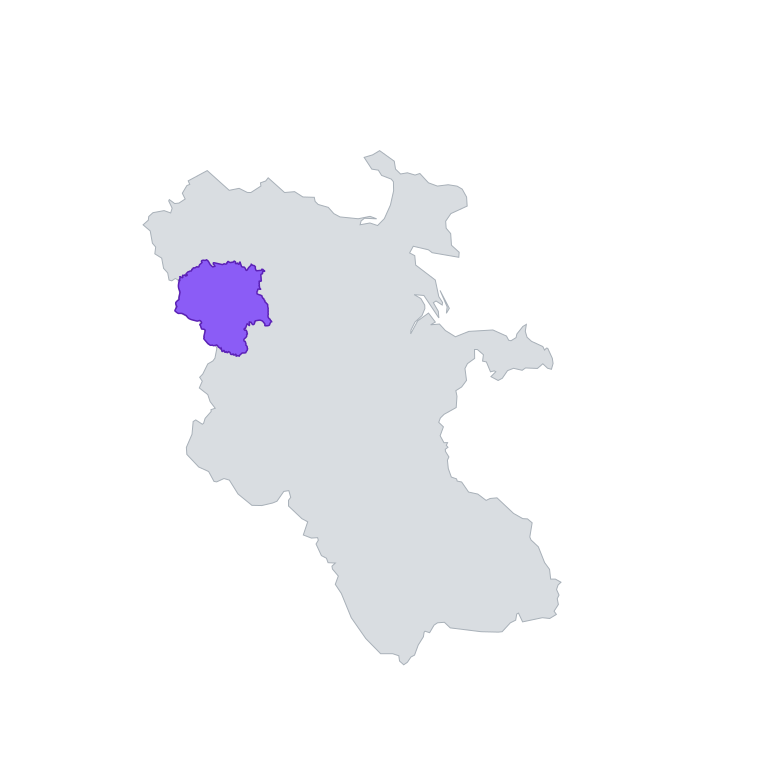 Kharkiv highlighted on a map of Ukraine, rotated 225°
{"feature_id": "UKR-328", "entity_name": "Kharkiv", "entity_type": "Region", "adm_level": 1, "iso_a3": "UKR", "parent_name": "Ukraine", "parent_adm1": "", "projection": "albers", "projection_center": [36.315, 49.479], "detail": "fine", "context": "in_parent", "style": "filled", "palette": "violet", "viewbox_px": 768, "rotation_deg": 225, "n_neighbors": 0, "source": "natural_earth", "source_scale": "10m", "svg_char_len": 9689}
<svg xmlns="http://www.w3.org/2000/svg" viewBox="0 0 768 768"><g transform="rotate(225 384 384)"><path d="M506.0,515.1L513.8,527.4L520.4,533.7L523.8,534.0L533.2,529.8L539.2,531.2L544.6,527.3L558.3,530.2L554.1,537.9L552.1,545.9L534.3,548.8L527.8,544.1L520.8,544.2L516.8,549.9L509.8,553.7L507.5,558.2L494.8,557.7L486.2,561.7L479.5,570.3L472.2,575.6L466.5,577.1L457.8,574.6L451.0,568.6L457.2,551.8L455.5,542.7L450.2,538.1L443.2,537.5L434.4,529.8L424.0,530.3L420.7,526.5L442.8,510.9L447.5,510.3L460.7,502.1L458.6,494.8L453.0,496.5L445.7,490.5L421.3,493.8L407.0,484.5L400.3,483.1L398.7,481.0L405.9,479.5L406.6,476.4L397.0,473.8L391.9,469.5L418.4,474.8L425.9,468.5L418.4,470.5L411.0,468.6L408.4,466.2L405.5,459.2L405.9,449.7L403.0,441.1L400.6,438.3L404.8,452.4L402.7,465.6L391.5,464.1L392.9,458.8L387.2,465.6L378.4,465.2L366.9,467.9L361.2,481.2L345.2,499.2L331.3,504.5L326.8,503.1L324.8,504.4L323.4,510.2L325.4,513.3L326.5,522.9L325.5,526.8L321.3,521.1L315.9,518.2L309.8,518.5L298.2,522.8L294.5,521.5L294.5,524.3L293.4,525.0L283.2,521.2L279.0,518.1L276.0,512.8L279.5,510.8L286.0,510.6L286.5,503.5L295.3,495.4L296.0,491.4L303.5,486.7L306.1,480.8L304.4,471.7L305.8,467.2L313.6,464.8L313.6,471.7L315.3,471.3L317.3,467.9L327.2,472.0L330.5,469.9L334.4,475.0L342.4,474.4L344.4,472.4L338.0,466.2L339.4,457.4L337.7,452.2L328.2,444.9L327.0,436.8L328.5,430.1L323.7,426.9L316.3,418.4L320.1,405.0L320.1,399.8L318.2,395.6L311.7,395.7L307.7,387.1L300.1,384.9L297.6,387.5L296.6,384.7L294.0,384.5L294.5,381.2L292.9,379.8L286.5,378.3L285.3,375.0L278.8,369.7L270.6,365.8L265.6,368.2L263.6,367.1L259.8,369.6L247.8,367.4L239.8,372.5L229.5,373.9L228.0,378.1L223.6,383.4L200.8,384.1L190.7,386.9L187.1,390.1L181.1,390.6L172.7,378.9L169.8,377.7L159.7,378.0L144.2,371.3L135.9,370.0L128.2,363.9L124.9,367.2L118.7,369.0L118.8,365.0L116.7,360.7L111.0,358.5L109.7,354.7L104.8,351.4L103.1,343.6L99.2,343.0L101.0,335.4L106.8,330.7L117.8,313.8L126.9,317.1L127.5,315.2L123.9,310.1L125.8,304.4L125.3,292.4L127.6,289.5L140.2,277.5L164.7,258.4L172.8,258.2L177.3,253.0L178.1,248.9L175.9,240.4L180.2,238.2L180.1,236.8L177.4,233.1L175.2,223.6L170.7,213.9L171.9,210.0L170.7,203.8L171.5,199.4L177.1,199.1L181.4,202.3L187.2,199.4L195.7,190.9L216.8,191.1L241.9,195.6L266.0,205.7L276.8,207.9L280.5,215.9L289.6,216.7L292.0,218.4L291.8,223.0L297.2,218.1L301.5,220.1L306.9,218.4L318.9,222.8L320.0,227.1L322.3,228.4L326.4,223.7L334.3,220.2L340.5,232.6L346.9,230.7L365.2,230.2L369.3,234.3L369.8,237.9L375.9,241.3L378.9,237.2L376.8,225.4L378.6,221.1L384.5,211.6L391.6,204.8L409.4,203.0L425.4,206.7L430.3,204.0L433.1,196.5L435.3,194.9L446.1,198.1L456.3,194.3L473.6,194.8L478.9,199.4L484.2,212.7L492.4,222.5L491.7,225.5L484.0,227.1L483.8,228.7L486.2,233.2L486.8,242.4L488.2,243.5L486.2,247.5L494.5,248.6L501.1,251.9L511.8,250.6L514.5,257.5L519.1,258.4L519.2,262.9L522.8,273.6L521.3,279.2L521.8,282.7L527.3,290.9L529.8,292.1L536.5,287.7L543.4,289.1L549.2,295.3L555.1,295.3L558.8,298.7L563.1,294.7L583.4,288.7L588.4,294.4L589.2,298.1L592.3,303.1L603.1,312.0L606.2,311.0L607.0,306.9L609.5,305.5L615.5,309.6L621.6,309.9L630.2,315.8L638.1,314.0L642.3,319.4L647.3,319.8L657.5,326.9L666.9,326.2L666.5,333.2L668.8,336.1L668.5,341.8L662.1,351.1L655.8,354.1L658.1,358.5L665.7,361.2L666.2,362.6L659.6,363.6L656.9,367.0L655.4,374.2L661.5,376.3L663.7,384.9L662.5,387.8L666.1,389.2L659.9,409.9L630.4,411.5L624.8,419.9L616.1,422.8L613.5,425.3L611.0,436.9L613.6,438.9L611.2,443.9L611.7,447.9L589.7,449.1L583.2,456.8L573.6,458.9L565.3,466.7L561.8,464.4L557.5,464.4L548.3,469.5L539.9,469.0L533.3,471.0L519.1,482.6L512.4,492.7L506.0,495.6L515.0,487.4L515.5,483.1L513.5,479.7L507.8,487.9L500.6,491.5L500.7,501.2L506.0,515.1ZM410.6,489.8L391.3,483.7L389.9,478.1L393.9,483.2L410.6,489.8Z" fill="#d9dde1" stroke="#a8b0b8" stroke-width="1"/><path d="M583.2,287.8L583.8,288.1L584.3,289.3L584.7,290.9L585.2,292.2L588.0,293.4L588.9,294.5L589.0,296.5L588.7,298.1L588.7,298.7L588.9,299.0L590.0,300.1L593.1,304.6L594.2,305.3L596.7,306.4L597.9,307.2L598.9,308.1L599.9,309.3L601.0,311.0L601.5,312.0L601.5,312.7L601.7,313.0L602.4,312.6L602.5,313.3L603.1,314.6L603.4,315.0L604.2,315.4L604.2,315.5L603.9,315.9L603.1,316.1L602.4,316.2L601.9,316.5L601.7,316.7L601.7,317.0L601.8,317.2L603.1,318.2L603.2,318.5L602.4,319.2L602.2,319.5L602.0,320.2L601.8,320.3L600.8,320.1L600.4,320.6L600.0,321.4L600.0,321.6L600.1,321.8L600.2,322.0L600.3,322.0L601.3,321.6L601.6,321.7L601.8,321.9L601.9,322.2L601.9,323.6L601.9,324.7L601.7,325.2L601.3,325.7L601.0,326.8L600.8,327.0L600.3,327.4L600.3,327.6L600.5,328.6L600.9,329.1L600.9,329.4L600.6,329.6L600.6,329.8L600.9,330.9L600.9,331.3L600.6,331.7L599.9,332.3L599.8,332.5L599.6,333.2L599.5,334.0L599.3,334.5L599.2,334.7L598.3,335.1L597.9,335.7L597.8,336.1L597.9,336.3L598.4,337.0L598.6,337.6L598.7,337.9L598.6,340.4L598.6,341.0L598.7,341.3L599.6,341.5L599.9,341.7L600.1,342.1L600.0,342.7L599.6,343.4L599.2,343.9L598.3,344.5L597.6,345.3L597.4,346.1L597.2,346.4L595.2,346.6L591.2,345.5L588.2,345.6L587.8,345.9L586.8,347.6L587.5,348.0L588.7,348.1L589.6,348.1L589.8,348.3L590.2,349.0L590.3,349.1L590.2,349.3L589.9,349.6L582.8,354.1L582.7,354.3L582.3,355.0L582.2,355.7L582.1,355.9L581.9,356.1L581.2,356.4L581.0,356.5L580.3,357.7L580.3,358.0L580.8,358.4L580.7,359.2L581.0,359.9L581.0,360.2L580.8,360.5L580.4,360.6L579.5,360.7L578.1,361.6L578.0,361.8L577.6,362.8L577.0,363.1L576.9,363.4L576.8,363.8L576.9,364.8L576.8,365.0L575.8,365.3L575.4,365.3L575.1,365.1L574.5,364.4L574.0,364.3L573.8,364.4L573.5,364.7L573.4,365.0L573.3,365.7L573.2,365.8L572.7,365.9L571.9,365.7L571.7,365.7L571.6,365.9L571.2,366.5L571.1,366.8L571.2,367.1L571.3,367.2L572.0,367.5L572.2,367.8L572.2,368.1L571.9,368.4L571.6,368.3L571.2,368.0L568.1,366.5L567.7,366.4L567.2,366.5L566.8,366.7L565.6,367.7L565.5,367.8L564.0,367.7L563.6,367.6L562.6,367.1L562.2,367.0L561.7,367.0L561.4,367.4L561.4,367.6L561.4,368.0L562.0,370.6L562.0,371.8L562.0,373.2L562.0,373.7L562.5,374.8L560.7,375.1L560.1,375.5L559.8,375.8L559.5,375.9L558.4,376.0L557.8,375.9L557.3,375.3L556.8,374.8L555.4,374.1L554.9,373.9L554.4,373.9L553.9,374.3L551.6,377.1L551.0,378.1L551.1,378.3L551.4,378.6L551.5,378.7L551.4,378.9L550.6,379.4L550.3,379.4L550.0,379.1L549.6,378.9L549.5,379.0L548.8,379.6L548.6,379.6L548.2,379.2L549.2,377.6L549.1,377.3L548.0,376.2L548.0,375.9L548.5,374.8L548.5,374.5L548.1,373.9L545.8,372.0L545.0,371.2L543.7,370.2L543.7,369.8L543.8,369.5L544.6,368.9L544.9,368.5L544.8,368.3L544.7,368.1L543.6,367.3L543.5,366.9L543.3,366.7L542.0,365.8L541.9,365.6L541.9,365.4L541.8,365.1L540.7,364.7L539.7,363.9L538.5,363.9L538.3,363.8L538.3,363.7L538.7,363.3L539.6,362.7L540.1,362.0L540.2,361.7L539.3,360.4L539.3,359.9L539.2,359.6L538.9,359.2L538.0,358.4L537.6,358.1L537.3,358.0L536.9,358.2L535.4,358.8L534.3,359.5L533.8,359.6L533.0,360.0L532.7,360.0L531.7,359.4L530.4,359.0L530.1,359.0L529.7,359.3L529.4,359.3L528.9,358.9L528.4,358.7L527.5,358.8L527.1,358.6L526.5,358.0L526.2,357.9L525.6,358.1L524.0,357.9L523.2,358.0L522.6,357.9L522.4,357.9L521.2,356.7L519.4,355.6L518.3,354.3L517.4,353.7L517.0,353.0L515.0,351.3L514.9,351.1L514.7,350.7L514.3,350.2L513.4,349.5L512.8,349.2L511.4,349.0L510.5,349.2L510.1,349.1L509.4,348.7L508.7,348.9L507.6,348.6L507.8,348.3L507.8,348.0L507.6,346.9L507.4,346.1L506.8,345.0L506.7,344.6L506.9,343.9L507.4,343.0L509.0,341.3L509.3,341.1L509.8,341.2L510.2,341.7L510.5,342.1L511.1,342.3L514.1,342.6L514.8,342.5L516.5,341.7L517.0,341.3L517.9,340.2L518.8,338.9L519.6,337.8L519.6,337.4L519.2,336.9L519.3,336.7L519.3,336.2L518.7,335.8L518.3,334.8L518.2,334.5L518.2,334.2L518.4,333.6L518.6,333.3L519.5,333.1L521.7,333.6L522.1,333.1L522.9,333.0L523.1,332.7L522.9,332.4L522.6,332.0L521.9,331.6L521.4,331.0L520.8,330.7L520.7,330.5L520.6,330.2L520.9,330.0L522.3,330.1L523.0,329.9L523.3,329.8L523.2,329.4L522.9,328.7L521.6,326.1L521.4,325.4L521.4,325.1L521.9,324.8L521.8,324.0L521.7,323.8L521.4,323.6L520.4,323.6L520.1,323.8L519.9,324.3L519.7,324.5L519.2,324.5L517.5,323.9L517.4,323.8L517.3,323.3L517.2,323.2L516.3,323.0L516.0,322.8L515.9,321.6L515.7,321.5L515.0,320.9L514.8,320.4L514.6,319.4L514.6,318.6L514.7,317.3L514.6,316.6L514.4,316.2L513.8,315.7L513.3,315.5L513.0,315.5L512.4,315.9L511.9,315.8L510.0,314.8L509.4,314.1L509.0,313.8L507.7,313.8L507.1,313.6L506.7,313.3L506.3,312.8L505.4,312.5L504.6,311.1L504.4,309.8L503.9,308.3L504.6,307.3L506.2,305.7L506.3,304.7L506.4,302.0L506.1,301.4L507.4,300.6L507.6,300.4L508.1,299.3L508.3,299.2L508.7,299.6L509.1,300.0L509.7,300.2L509.9,300.2L510.1,299.9L510.1,299.7L510.0,299.4L510.0,299.2L510.1,298.9L510.6,298.4L510.8,298.2L511.1,298.1L511.5,298.4L511.7,298.5L511.9,298.5L512.4,297.4L512.7,297.0L513.0,296.8L513.2,296.7L514.0,296.8L514.8,297.3L515.3,297.4L516.7,297.1L516.8,297.0L516.9,296.7L516.7,296.0L516.7,295.8L517.0,295.3L517.3,295.2L518.2,295.4L518.5,295.3L518.6,295.1L518.5,294.8L518.5,294.7L518.5,294.4L518.9,294.1L519.2,293.9L519.6,294.0L520.5,294.5L520.9,294.5L521.1,294.2L521.1,293.0L521.2,292.8L521.5,292.6L521.8,292.6L522.2,292.8L524.2,294.1L524.5,294.2L524.3,293.5L524.3,293.3L524.5,293.2L525.4,293.4L526.3,293.3L526.8,293.1L527.4,293.0L528.3,293.3L528.9,293.4L529.7,293.3L529.9,293.2L530.1,293.0L530.3,292.6L530.3,292.2L530.5,292.1L530.9,291.6L531.3,291.0L531.8,290.4L532.9,290.1L533.8,288.9L534.3,288.6L534.8,288.4L537.7,288.1L543.1,288.5L543.9,289.0L544.1,289.9L545.0,290.3L548.1,295.3L548.8,295.6L549.5,295.6L550.2,295.3L551.7,294.0L552.1,294.0L552.4,294.1L553.0,294.5L553.7,294.7L554.5,295.3L555.5,295.5L556.3,295.9L556.3,296.0L556.1,297.8L556.2,298.2L556.7,298.6L557.3,298.8L558.1,298.9L558.8,298.8L559.3,298.5L559.6,298.1L560.1,297.0L560.4,296.6L560.8,296.2L565.9,293.2L567.9,292.4L569.9,292.2L572.1,292.6L576.5,291.2L577.4,290.5L579.2,288.6L580.1,288.2L583.2,287.8Z" fill="#8b5cf6" stroke="#5b21b6" stroke-width="1.5"/></g></svg>